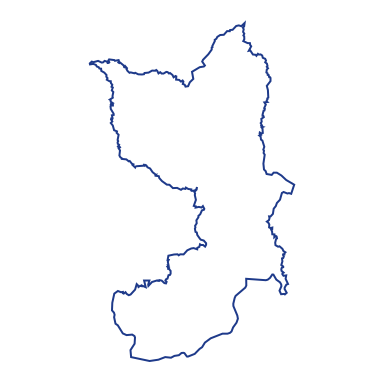 outline of Tsana-Talana, Mafeteng, Lesotho
{"feature_id": "5366337B43460203285745", "entity_name": "Tsana-Talana", "entity_type": "district", "adm_level": 2, "iso_a3": "LSO", "parent_name": "Lesotho", "parent_adm1": "Mafeteng", "projection": "robinson", "projection_center": [27.304, -29.791], "detail": "fine", "context": "isolated", "style": "outline", "palette": "blue", "viewbox_px": 384, "rotation_deg": 0, "n_neighbors": 0, "source": "geoboundaries", "source_scale": "gbopen_adm2", "svg_char_len": 5961}
<svg xmlns="http://www.w3.org/2000/svg" viewBox="0 0 384 384"><path d="M284.9,294.4L286.7,292.8L284.6,289.0L284.7,287.6L286.3,284.7L288.0,284.0L285.6,278.8L286.2,275.4L283.5,275.8L282.4,274.3L282.4,273.4L283.6,272.6L281.5,270.8L281.3,269.1L281.8,267.7L283.2,267.2L283.2,266.5L281.3,265.0L282.4,261.4L282.0,258.4L283.2,258.0L283.8,256.5L283.0,254.9L283.2,254.3L284.4,254.4L284.5,253.3L285.4,252.3L283.5,251.1L282.4,248.8L279.5,246.3L278.1,246.7L275.5,245.2L275.2,242.7L276.0,239.2L277.0,238.4L276.6,236.5L275.9,236.0L274.3,237.3L274.4,234.4L272.3,234.3L272.1,231.6L271.0,229.2L272.2,229.2L272.3,227.6L270.5,228.1L269.1,227.4L269.3,224.5L268.5,222.9L266.9,221.6L268.9,220.2L269.5,218.2L269.1,216.4L270.5,216.5L272.9,213.9L273.7,208.7L275.8,206.1L276.9,203.0L280.0,199.7L281.9,193.0L283.6,192.0L287.4,193.5L289.0,193.1L291.2,193.8L294.2,184.7L286.2,180.0L281.4,175.5L276.9,172.7L273.6,172.7L271.7,174.9L266.6,174.0L265.7,171.2L264.0,169.5L263.4,163.6L264.7,154.7L263.6,153.0L264.0,150.7L263.3,149.7L264.3,146.8L262.4,140.6L261.0,139.6L260.6,136.5L259.4,135.6L260.8,135.0L259.6,133.8L259.8,132.5L261.7,133.6L262.8,133.0L262.5,128.6L261.7,127.6L262.9,127.0L261.5,126.6L261.2,125.7L261.9,125.4L260.7,123.1L261.7,121.7L261.3,118.9L263.8,117.1L263.3,115.8L262.5,115.7L262.6,114.5L263.6,110.6L264.4,110.5L264.7,109.6L264.8,108.6L264.2,108.1L265.8,104.6L264.4,102.4L267.3,102.0L266.6,101.4L266.7,100.4L267.5,99.4L267.3,98.4L268.3,97.6L267.9,90.0L266.8,85.9L270.5,81.1L270.5,78.0L270.2,77.3L269.2,77.2L268.6,75.0L267.7,74.9L267.5,73.3L266.4,72.5L266.8,69.5L268.0,68.3L266.8,66.8L267.5,66.0L266.9,63.6L265.2,62.3L266.0,60.6L265.2,58.8L262.8,57.8L262.2,55.5L260.6,54.4L258.9,54.6L257.9,53.8L256.4,55.8L255.6,54.8L252.9,54.5L250.3,50.5L248.8,50.8L251.2,46.3L250.2,45.0L249.9,43.1L247.6,43.1L243.3,41.1L244.3,39.2L244.2,36.3L243.4,35.5L244.3,33.7L243.1,31.9L243.7,29.2L242.9,27.6L244.1,26.5L244.6,23.0L241.3,26.2L238.8,25.4L236.2,26.0L232.6,29.8L230.1,30.0L229.8,31.2L227.1,31.1L223.8,34.8L220.2,35.0L217.3,36.9L216.4,38.7L214.7,39.9L214.8,41.1L212.3,46.1L212.5,47.1L211.7,47.6L211.7,49.6L208.3,54.3L203.0,59.8L202.2,61.6L204.9,65.5L203.9,66.5L199.7,67.2L192.0,71.8L193.3,78.9L189.8,82.3L188.1,86.2L185.5,86.6L184.7,84.7L182.8,84.0L183.4,81.5L182.6,80.5L181.0,81.6L179.1,79.9L176.1,79.6L176.3,76.4L175.5,76.0L173.6,77.3L172.5,75.0L170.0,73.0L169.0,73.5L167.6,72.1L166.3,71.9L163.6,73.5L161.6,73.5L160.2,72.2L158.5,73.4L157.2,70.8L156.2,70.0L155.4,70.7L152.1,70.6L148.6,72.6L144.5,73.0L144.0,74.2L141.9,74.5L138.2,74.3L135.2,72.8L134.4,73.3L130.7,72.4L129.5,72.8L127.5,70.9L126.5,69.1L127.0,68.2L125.4,66.4L125.1,67.4L124.2,67.2L123.7,65.5L120.2,62.6L119.3,63.1L118.3,62.4L119.0,61.3L118.6,60.1L114.9,60.8L114.4,60.1L109.1,59.4L108.4,60.5L109.3,62.3L108.7,62.9L107.6,63.0L107.0,61.6L104.6,60.9L103.2,62.3L101.8,62.6L98.1,60.9L93.3,62.2L91.8,61.6L89.8,63.4L90.0,64.4L93.3,63.9L95.9,64.9L96.8,66.5L98.7,67.2L99.4,68.5L101.1,68.7L101.3,70.9L104.3,72.6L106.5,75.0L106.3,76.7L107.5,78.1L106.8,79.7L109.6,81.3L110.7,81.2L111.0,83.2L112.3,84.8L111.5,86.8L112.8,87.5L111.8,90.4L113.3,92.0L112.5,96.2L112.8,97.7L109.8,99.6L110.6,100.1L110.7,101.7L112.5,102.9L111.2,103.3L110.9,104.2L112.9,104.5L112.9,105.5L111.1,105.5L110.5,106.2L110.8,109.0L113.6,113.7L113.7,114.9L111.9,115.3L112.6,118.3L112.3,119.0L111.3,118.5L111.0,119.3L112.3,121.5L110.8,123.0L112.8,125.5L114.1,130.2L117.0,131.4L116.6,132.8L118.6,134.8L117.6,140.0L118.2,141.1L117.6,142.3L117.8,143.8L119.1,144.8L117.9,146.6L118.4,147.0L119.2,146.4L120.0,147.3L118.7,148.4L120.0,150.4L119.4,155.5L120.3,157.2L121.8,158.3L121.8,158.9L126.4,159.4L128.7,161.3L129.7,161.0L131.9,163.7L133.3,164.3L132.6,165.0L135.1,167.4L135.3,166.7L136.8,166.2L143.5,165.7L143.8,165.0L144.7,165.7L145.1,164.9L146.3,165.4L147.5,167.3L150.1,168.5L152.6,172.2L155.3,174.3L155.4,175.2L156.2,174.9L155.9,175.8L158.8,176.2L159.3,178.1L162.0,181.1L166.8,184.6L169.5,184.8L172.9,188.1L177.1,187.9L181.0,189.8L182.8,188.5L185.4,188.9L185.9,187.6L188.3,189.0L191.3,189.4L191.2,190.5L191.9,190.9L194.7,190.5L196.4,189.2L197.0,187.0L196.6,189.6L194.4,192.0L195.1,193.4L194.8,195.0L195.9,199.9L193.8,205.9L195.8,206.4L195.6,207.6L198.8,206.9L201.6,207.5L202.9,206.1L204.3,208.8L204.0,209.7L201.9,210.4L200.2,214.3L198.4,215.9L198.4,217.3L196.4,220.3L196.7,223.3L195.1,225.8L195.4,227.6L194.9,228.6L195.5,231.9L196.8,232.5L197.3,235.0L199.9,238.7L200.8,239.7L203.7,240.5L206.1,243.2L206.1,244.8L205.1,246.6L203.1,245.0L201.1,245.0L200.0,244.3L199.3,246.9L197.3,247.8L197.2,249.3L193.6,248.1L191.2,248.5L187.3,250.3L183.6,254.4L180.2,254.3L178.7,255.3L177.6,254.3L174.0,254.5L168.4,255.7L167.6,260.0L168.6,260.0L167.8,261.8L168.5,265.1L167.9,265.2L168.4,266.1L167.7,266.5L168.3,266.9L167.8,267.1L168.4,267.7L168.0,267.8L168.2,268.9L168.9,268.8L170.6,270.9L170.6,273.7L170.0,274.9L168.5,275.2L167.5,278.6L165.9,279.4L165.4,280.6L166.6,281.8L166.0,283.4L164.4,283.1L161.7,280.6L159.3,280.1L159.1,280.9L158.0,280.9L157.2,280.4L152.0,282.0L148.4,285.9L148.2,284.6L149.4,280.5L144.1,280.5L145.7,287.2L141.8,285.5L141.8,286.2L140.0,285.9L138.5,287.0L137.9,285.3L136.7,284.1L135.1,289.6L130.6,294.5L128.8,295.2L126.7,293.9L125.5,292.2L123.7,293.6L122.9,293.2L122.9,291.9L121.0,292.2L117.9,291.0L114.3,293.6L112.3,302.8L112.0,310.4L114.0,312.7L114.6,314.8L114.1,317.2L115.5,323.7L117.8,325.3L122.8,333.4L126.5,335.1L132.2,334.6L134.4,336.0L135.0,337.4L134.6,343.7L130.5,350.1L131.1,357.1L149.6,361.0L158.4,359.7L165.2,357.1L171.0,357.7L174.4,355.9L178.9,355.2L181.5,353.0L183.3,352.8L184.4,353.1L186.9,356.5L187.9,356.6L194.7,353.9L199.6,348.9L202.1,347.2L204.9,342.6L210.7,338.3L222.4,333.7L227.4,333.7L229.9,332.9L231.5,331.5L233.1,327.4L236.5,322.7L237.9,318.7L237.3,315.5L233.4,306.1L233.3,303.7L234.7,297.9L235.6,295.9L245.3,287.6L246.3,285.5L246.2,278.8L265.8,280.2L267.7,279.7L270.0,277.9L272.3,274.5L273.4,274.6L276.3,279.6L280.0,282.3L281.2,284.4L281.4,286.2L279.5,290.7L281.1,294.2L284.3,293.9L284.9,294.4Z" fill="none" stroke="#1e3a8a" stroke-width="2"/></svg>